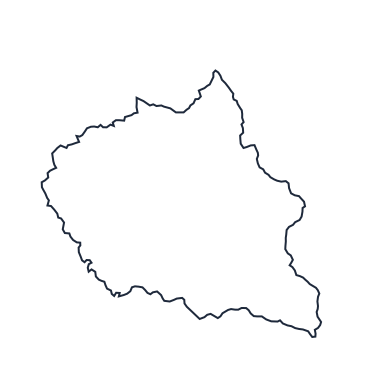 outline of Itapira, São Paulo, Brazil, rotated 280°
{"feature_id": "56859067B4664516134209", "entity_name": "Itapira", "entity_type": "district", "adm_level": 2, "iso_a3": "BRA", "parent_name": "Brazil", "parent_adm1": "São Paulo", "projection": "mercator", "projection_center": [-46.772, -22.437], "detail": "fine", "context": "isolated", "style": "outline", "palette": "slate", "viewbox_px": 384, "rotation_deg": 280, "n_neighbors": 0, "source": "geoboundaries", "source_scale": "gbopen_adm2", "svg_char_len": 3148}
<svg xmlns="http://www.w3.org/2000/svg" viewBox="0 0 384 384"><g transform="rotate(280 192 192)"><path d="M216.5,61.7L213.6,60.8L214.2,58.0L215.0,54.5L211.9,51.7L209.3,50.1L205.7,47.6L201.8,48.9L198.2,50.1L194.9,51.7L192.2,54.0L190.5,51.5L188.3,48.5L185.5,46.5L181.3,47.9L177.8,45.1L175.5,42.3L170.6,43.4L168.4,45.1L165.1,47.8L161.0,50.4L158.9,52.5L153.6,52.0L153.7,55.6L150.7,59.4L147.3,63.1L143.6,64.7L143.2,67.7L139.7,71.3L132.8,71.2L129.5,73.9L129.9,78.4L127.0,80.0L124.1,83.2L122.4,87.3L122.7,90.7L120.0,91.3L117.6,90.0L113.1,91.0L109.0,93.6L105.6,95.6L104.2,98.4L106.7,100.0L107.1,103.1L104.9,105.3L103.0,102.9L99.3,102.5L95.6,104.1L98.3,106.5L96.6,110.6L92.1,112.0L89.5,115.5L88.8,118.3L88.4,121.3L85.2,123.0L82.1,125.1L80.9,129.3L77.7,130.7L76.1,133.4L79.6,134.8L80.0,138.3L76.5,138.1L78.7,142.7L80.6,145.8L83.6,148.5L87.7,149.4L89.2,152.2L89.5,155.8L89.5,159.8L87.3,162.9L84.9,165.7L84.1,168.8L86.4,170.9L88.0,174.9L85.1,179.5L82.1,181.6L80.0,183.6L80.3,189.1L82.6,192.9L84.4,195.5L86.0,200.7L84.5,203.1L80.9,204.0L78.1,206.8L68.3,221.6L70.9,226.0L73.7,228.3L75.2,231.5L73.5,236.1L72.3,239.3L74.5,241.6L77.9,243.1L82.1,248.0L83.5,250.8L83.6,254.6L84.1,257.9L86.4,261.0L87.1,265.5L85.4,268.4L82.6,270.9L80.5,274.4L80.8,277.7L81.6,282.4L79.4,287.2L78.4,292.5L79.3,298.8L80.9,301.0L78.3,304.3L77.2,309.2L77.1,313.3L75.9,317.2L75.7,321.2L75.9,325.1L75.0,330.6L72.6,332.9L70.1,335.6L71.0,338.6L73.9,338.3L77.6,336.9L80.0,339.7L83.2,341.3L86.4,341.7L88.4,339.8L91.0,337.3L95.5,335.6L98.6,336.1L101.5,335.9L106.0,334.5L110.7,334.3L114.1,335.0L117.2,332.9L119.2,330.7L121.8,323.9L123.7,321.5L125.3,318.8L127.0,316.3L127.9,312.9L128.3,309.2L132.6,306.9L135.5,303.9L136.8,300.9L139.5,302.0L142.7,303.1L146.7,300.3L148.2,297.0L151.9,293.8L155.0,293.4L159.5,293.0L163.1,292.3L166.4,292.2L171.0,291.8L174.5,293.6L177.2,297.2L180.2,298.8L183.1,302.8L186.8,304.2L191.7,304.2L195.5,303.7L197.5,305.8L201.9,304.0L204.8,300.2L206.5,298.1L206.6,293.8L207.9,289.8L212.7,286.9L217.3,285.6L219.0,282.5L217.7,278.1L217.9,273.9L218.7,270.6L220.2,266.6L222.2,264.4L223.7,260.6L226.7,258.2L228.0,254.3L231.6,251.9L235.8,250.1L239.5,250.8L242.1,250.0L244.8,248.1L249.0,245.4L248.1,241.8L245.8,238.1L244.3,235.1L248.0,231.6L252.5,230.4L256.0,229.6L259.3,232.1L263.8,231.0L267.1,229.0L269.8,230.7L273.8,228.5L277.6,227.9L281.1,226.8L283.0,224.9L286.6,221.7L289.5,220.2L290.4,217.0L292.8,215.8L296.0,215.6L298.3,213.0L301.2,210.1L305.0,205.9L307.7,202.0L311.4,199.8L314.3,197.1L315.7,194.0L313.1,192.3L309.0,193.1L305.9,192.2L301.0,190.8L299.2,188.6L296.5,186.3L293.1,181.1L287.6,184.1L284.7,182.2L284.0,179.2L279.6,178.1L277.0,175.4L274.1,174.5L272.1,172.4L268.9,169.9L267.6,162.3L270.6,156.2L271.2,149.6L271.9,146.8L270.5,142.1L271.6,138.6L269.9,135.5L273.1,128.5L274.1,124.8L275.2,121.1L270.2,122.1L266.0,122.6L260.7,124.6L259.4,121.1L257.2,119.1L254.2,113.0L250.5,112.8L250.1,108.2L249.5,104.6L246.7,101.9L243.5,103.5L244.2,100.0L240.9,96.8L240.3,93.2L242.2,90.3L239.4,88.0L239.5,84.3L238.7,81.1L236.5,77.5L233.0,76.0L229.0,74.1L227.1,71.8L227.1,68.6L224.3,70.4L221.7,72.1L219.7,68.3L218.0,65.3L216.5,61.7Z" fill="none" stroke="#1e293b" stroke-width="2"/></g></svg>